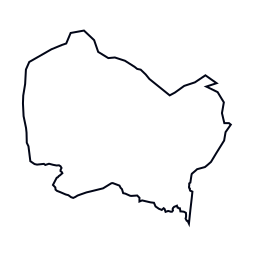 Enugu East, Enugu, Nigeria, rotated 354°
{"feature_id": "59680162B73078519517404", "entity_name": "Enugu East", "entity_type": "district", "adm_level": 2, "iso_a3": "NGA", "parent_name": "Nigeria", "parent_adm1": "Enugu", "projection": "robinson", "projection_center": [7.537, 6.533], "detail": "fine", "context": "isolated", "style": "outline", "palette": "ink", "viewbox_px": 256, "rotation_deg": 354, "n_neighbors": 0, "source": "geoboundaries", "source_scale": "gbopen_adm2", "svg_char_len": 1794}
<svg xmlns="http://www.w3.org/2000/svg" viewBox="0 0 256 256"><g transform="rotate(354 128 128)"><path d="M175.8,224.1L176.7,226.4L177.6,226.6L178.6,229.5L181.4,216.3L184.1,204.2L185.2,199.0L185.4,198.0L183.3,196.8L183.0,195.6L183.2,194.6L182.5,193.9L182.5,192.9L182.8,192.0L183.1,189.5L184.3,188.8L186.2,181.5L186.7,180.2L190.8,177.4L192.4,176.2L200.4,174.9L202.0,173.9L203.9,172.6L207.0,170.4L213.2,162.2L222.3,150.5L224.6,142.3L230.6,135.4L228.9,133.7L224.3,133.2L223.0,123.0L226.0,112.5L224.0,108.3L220.9,101.7L210.2,95.0L220.8,92.7L210.5,83.7L199.3,89.6L188.3,92.0L178.3,97.7L172.9,99.9L154.4,81.5L151.2,76.6L146.7,71.3L143.3,70.2L141.1,68.0L132.0,60.8L122.3,56.5L115.7,56.4L106.3,49.2L103.5,37.1L94.4,26.5L80.9,27.5L75.4,37.5L71.0,38.5L60.1,41.7L36.7,52.0L32.6,59.2L30.3,73.5L27.2,84.8L26.1,92.5L25.4,105.3L26.6,117.3L26.6,122.1L25.8,132.1L27.1,135.8L27.4,150.8L31.3,154.1L33.7,154.9L40.6,154.9L41.9,156.1L45.7,155.3L49.7,156.8L53.0,157.8L55.5,157.9L56.9,159.0L57.7,160.8L56.6,162.5L56.4,163.8L57.6,165.0L58.0,166.1L55.3,168.0L54.1,168.6L53.0,169.7L51.9,170.0L47.4,176.8L49.5,179.5L49.5,181.7L50.8,183.1L54.1,184.8L59.1,187.6L61.7,188.6L64.1,190.8L66.2,191.8L68.3,191.1L70.8,189.9L73.2,189.3L80.0,187.7L83.9,187.2L96.9,185.4L105.7,181.2L107.1,181.2L113.5,184.4L114.4,186.7L115.6,188.2L116.4,192.3L118.5,193.0L123.0,195.6L124.3,195.9L130.1,196.1L132.1,198.6L131.7,202.3L134.5,201.5L142.6,204.3L146.0,205.1L147.2,208.9L150.2,211.5L153.0,213.0L155.1,211.5L155.9,212.3L156.6,215.3L159.3,214.7L162.0,215.8L163.1,215.8L164.1,214.7L163.9,213.3L164.5,212.2L165.7,211.2L168.0,210.6L168.5,210.4L168.6,211.0L169.0,212.4L169.6,212.4L170.2,213.2L171.2,213.3L171.4,216.4L172.1,216.5L174.8,217.1L176.7,218.4L176.7,220.4L176.4,222.6L175.8,224.1Z" fill="none" stroke="#020617" stroke-width="2"/></g></svg>